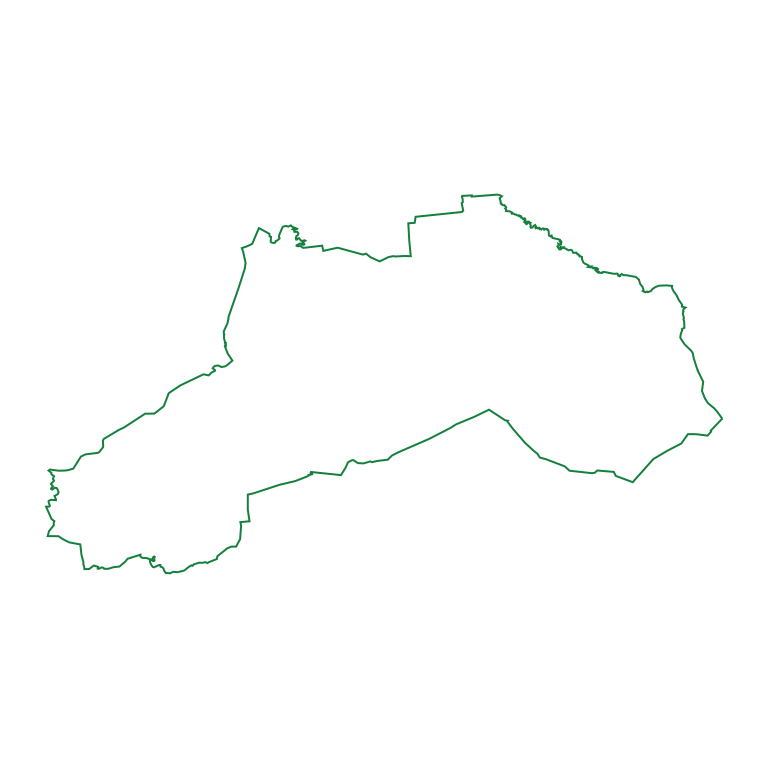 outline of Laucesas pag., Daugavpils, Latvia
{"feature_id": "27541924B83584172222196", "entity_name": "Laucesas pag.", "entity_type": "district", "adm_level": 2, "iso_a3": "LVA", "parent_name": "Latvia", "parent_adm1": "Daugavpils", "projection": "natural_earth1", "projection_center": [26.54, 55.814], "detail": "fine", "context": "isolated", "style": "outline", "palette": "green", "viewbox_px": 768, "rotation_deg": 0, "n_neighbors": 0, "source": "geoboundaries", "source_scale": "gbopen_adm2", "svg_char_len": 6070}
<svg xmlns="http://www.w3.org/2000/svg" viewBox="0 0 768 768"><path d="M462.2,195.9L461.9,196.6L462.6,198.9L462.8,202.2L461.7,203.1L463.2,210.8L461.8,212.0L415.6,216.8L414.7,222.8L408.3,223.3L409.3,241.3L410.8,256.2L404.4,256.0L395.2,256.5L393.6,256.1L388.7,257.0L379.7,261.4L370.6,257.3L366.1,253.7L362.9,254.6L337.6,247.7L323.3,250.9L322.2,245.7L303.2,247.9L300.6,246.1L297.4,246.2L296.5,245.8L296.6,245.3L300.0,243.5L302.9,244.8L304.0,244.7L304.4,244.3L304.2,243.7L302.5,243.0L302.4,242.2L305.3,240.7L304.7,240.3L302.2,240.9L300.9,240.6L299.1,238.2L298.1,238.3L296.9,239.6L296.1,239.5L295.9,237.3L296.5,236.1L297.9,235.0L298.4,233.3L297.3,231.9L294.4,231.9L294.2,231.1L294.8,230.0L292.7,229.2L293.6,228.6L296.8,229.3L297.2,228.8L292.3,226.8L290.8,225.4L288.4,226.6L286.0,226.0L283.3,226.5L282.4,227.4L279.2,235.1L279.0,237.1L279.6,238.5L277.4,240.4L275.7,241.1L275.3,242.5L273.8,243.0L272.1,242.7L270.7,241.9L271.0,236.9L269.6,236.3L269.4,233.8L258.9,228.1L252.2,243.9L246.8,246.4L241.8,248.1L243.1,251.6L245.6,262.9L244.8,268.6L238.6,287.9L228.4,317.3L228.6,317.9L227.5,323.2L223.8,331.3L223.9,334.4L224.3,334.6L224.0,335.2L224.1,339.0L224.8,340.9L224.9,342.9L225.8,342.9L225.1,345.5L225.9,345.4L225.8,346.3L225.0,346.3L225.1,346.9L227.7,353.6L232.4,360.6L226.8,365.4L224.7,366.5L221.4,367.0L218.2,365.5L215.1,365.9L213.5,367.0L212.7,368.3L215.0,370.1L215.1,370.7L211.5,372.6L208.7,375.4L203.5,374.3L180.5,385.3L170.6,391.9L168.7,393.3L163.8,406.2L154.4,413.6L145.1,413.7L124.0,427.5L118.9,429.9L104.1,438.7L102.9,440.4L103.2,447.0L99.2,452.1L97.5,452.9L85.4,454.4L80.9,456.6L73.3,468.6L67.9,470.2L64.3,470.6L58.7,470.7L50.0,469.6L48.6,470.6L51.3,472.8L51.5,474.4L54.1,476.2L53.0,478.3L53.0,479.1L54.0,480.4L53.9,480.9L50.9,483.9L52.9,486.3L51.2,488.3L51.2,489.0L52.3,489.6L54.9,487.7L56.5,488.0L57.4,489.0L58.6,492.6L57.8,494.1L54.5,496.0L56.0,499.5L55.9,500.2L51.2,499.8L49.1,500.6L48.6,501.1L48.7,502.5L49.9,505.8L49.0,506.7L46.1,506.7L51.5,519.0L54.4,521.2L53.7,522.7L53.9,525.1L49.0,531.2L47.7,536.1L58.5,536.2L62.7,539.1L69.3,542.4L80.3,544.4L81.5,555.1L83.4,562.0L83.4,564.8L84.2,566.5L84.4,569.1L89.2,569.0L93.9,565.5L98.2,566.9L97.7,568.6L98.9,568.8L101.6,567.4L103.5,567.9L104.1,568.8L108.2,568.8L113.4,567.2L119.5,566.5L125.3,561.6L127.5,558.8L140.4,554.7L140.3,556.3L141.2,557.3L142.6,557.9L146.3,558.0L150.8,559.5L152.1,559.3L153.4,556.9L154.2,556.5L154.7,556.9L154.1,558.7L154.6,560.4L154.4,560.7L153.3,561.1L151.0,559.9L149.9,560.7L150.0,561.9L150.8,564.0L152.1,566.2L152.8,567.0L154.0,567.3L159.1,565.0L160.4,565.0L160.5,566.6L162.5,567.4L163.6,568.7L164.0,570.4L165.9,573.2L167.6,572.9L169.9,573.4L173.1,571.8L177.5,572.2L184.1,570.6L189.2,566.6L191.7,565.3L192.6,565.8L193.8,564.4L199.0,562.7L202.9,562.8L205.2,562.1L207.4,563.1L208.8,562.2L216.9,559.0L217.3,556.3L227.3,548.3L231.5,546.6L236.1,546.6L240.1,539.2L241.1,525.8L240.4,522.1L249.5,521.3L247.8,509.7L247.8,494.6L253.3,493.4L279.8,484.7L295.2,481.1L306.5,476.7L308.4,475.8L308.4,475.2L312.2,474.2L312.2,473.1L310.7,472.7L311.0,472.0L341.0,475.1L345.5,467.8L348.0,462.3L352.0,460.2L353.6,460.2L357.8,463.1L363.5,463.4L370.4,461.4L372.0,462.2L377.0,461.0L387.8,459.7L391.9,455.6L398.5,452.2L429.1,438.9L450.7,427.8L456.0,424.4L473.9,417.0L489.0,409.7L505.3,420.4L507.4,420.7L507.0,421.0L512.8,428.7L525.0,442.8L534.0,451.1L537.3,453.6L539.9,457.6L546.2,459.3L564.6,466.3L569.5,470.7L592.0,473.2L594.9,472.7L597.2,470.5L613.8,471.9L615.8,475.9L632.7,482.2L653.4,459.0L667.8,450.5L681.3,443.5L688.0,434.1L696.1,434.2L707.6,435.6L711.1,431.6L710.7,430.7L721.9,419.0L721.8,418.0L717.2,411.7L713.9,408.0L708.0,403.2L704.9,398.4L702.0,391.0L703.2,381.7L697.7,370.6L697.9,370.5L696.7,367.6L693.7,358.2L692.9,353.4L691.4,351.0L684.5,344.2L680.6,338.4L680.3,337.2L680.8,334.0L682.2,330.2L681.9,329.1L684.4,327.8L684.1,320.8L683.4,319.5L683.9,318.2L682.8,313.2L683.5,311.5L683.1,311.2L683.4,309.3L685.5,307.6L681.9,306.6L682.1,304.7L678.8,300.0L676.7,295.5L673.3,290.8L671.9,287.6L672.1,285.9L666.5,285.4L659.0,285.7L655.5,287.0L652.5,289.0L650.9,291.0L647.9,292.2L646.9,291.5L645.1,292.3L642.8,291.0L643.6,290.2L642.5,286.9L640.2,284.0L638.9,279.6L635.7,276.9L626.3,275.2L623.5,275.2L621.7,274.0L620.5,275.0L620.2,276.1L619.5,276.3L618.2,275.7L618.0,275.3L618.3,274.7L617.3,273.6L613.8,273.8L604.0,271.9L602.6,272.1L602.6,272.6L602.1,273.0L598.8,272.7L599.0,271.8L598.4,271.6L597.6,272.2L595.5,270.2L596.1,270.0L597.2,270.7L598.1,269.1L596.6,268.1L594.7,268.2L595.2,267.8L589.8,267.2L590.7,266.5L588.4,266.6L589.0,266.1L588.5,265.4L584.6,263.5L583.3,262.4L582.1,259.5L581.9,256.9L580.6,256.5L579.8,255.7L579.4,256.1L578.7,254.7L577.6,254.4L577.6,253.8L576.1,253.0L576.1,252.6L573.2,252.9L572.0,250.3L571.0,249.8L568.5,250.3L565.1,248.3L562.9,247.9L563.3,247.3L561.9,247.5L560.9,247.0L560.9,247.7L560.3,248.2L561.5,248.3L561.4,248.8L560.7,249.4L559.4,249.3L559.8,248.2L558.1,247.7L557.4,246.4L558.7,245.7L558.3,243.9L559.3,244.5L561.1,244.4L561.2,243.1L560.6,242.7L561.4,241.9L561.1,241.2L559.7,241.0L559.9,239.8L559.6,239.6L552.4,237.9L551.6,235.5L550.9,235.7L550.5,236.4L549.3,235.9L548.9,235.0L548.6,231.0L548.2,230.1L547.4,230.0L547.3,229.1L545.5,228.9L544.2,229.7L543.7,228.5L542.4,228.5L541.3,229.5L540.8,229.0L539.7,229.1L539.5,227.9L539.0,227.7L537.9,228.3L536.8,227.6L535.7,228.2L535.4,227.7L536.0,226.4L535.1,225.0L533.7,225.9L532.5,227.5L531.0,227.8L530.4,227.0L530.8,225.5L529.9,223.6L530.4,223.0L529.2,222.8L529.5,222.3L528.9,221.6L528.2,221.6L527.9,222.9L526.6,224.2L526.2,223.9L526.7,223.1L526.5,222.6L525.0,222.7L524.4,222.1L526.1,221.5L524.8,220.4L525.3,219.1L524.7,218.3L524.3,218.4L524.3,219.2L523.3,219.3L522.2,217.9L521.2,217.6L521.2,216.6L520.4,216.7L520.3,216.0L519.1,216.1L518.8,215.3L517.7,215.6L516.0,214.5L515.2,214.6L513.2,213.6L511.8,213.7L511.6,213.2L512.0,212.5L509.5,211.3L506.0,211.1L506.3,210.0L505.2,208.5L506.1,207.6L505.8,206.6L504.9,206.0L504.4,205.1L503.0,205.3L501.5,204.4L501.7,203.9L500.6,203.1L500.6,201.1L499.6,198.3L501.8,196.3L500.8,196.0L500.5,195.4L497.3,194.6L471.7,196.6L471.8,195.4L462.2,195.9Z" fill="none" stroke="#15803d" stroke-width="2"/></svg>